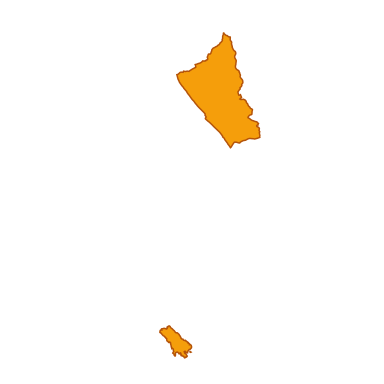 Bengkulu Utara, Bengkulu, Indonesia, rotated 17°
{"feature_id": "22746128B39887218554518", "entity_name": "Bengkulu Utara", "entity_type": "district", "adm_level": 2, "iso_a3": "IDN", "parent_name": "Indonesia", "parent_adm1": "Bengkulu", "projection": "mercator", "projection_center": [102.208, -4.116], "detail": "fine", "context": "isolated", "style": "filled", "palette": "amber", "viewbox_px": 384, "rotation_deg": 17, "n_neighbors": 0, "source": "geoboundaries", "source_scale": "gbopen_adm2", "svg_char_len": 5882}
<svg xmlns="http://www.w3.org/2000/svg" viewBox="0 0 384 384"><g transform="rotate(17 192 192)"><path d="M240.8,120.0L240.6,119.8L240.4,118.2L239.0,115.6L239.2,115.0L239.2,114.6L238.1,113.5L237.9,111.7L237.1,110.8L235.8,110.5L235.2,110.5L234.8,110.3L234.5,109.7L234.6,109.2L235.6,108.5L235.5,108.4L235.3,108.0L235.3,107.4L235.5,107.1L233.6,106.0L232.8,106.0L231.6,106.1L229.2,105.9L228.5,106.0L226.8,105.5L225.8,105.0L223.9,104.6L223.7,104.3L223.7,103.8L224.5,101.9L224.9,101.6L225.1,101.3L226.0,100.8L226.4,100.4L226.5,100.1L226.1,98.2L225.9,97.6L225.8,95.7L225.5,95.3L224.7,95.1L223.4,94.9L222.4,93.9L221.4,93.5L220.9,93.2L220.1,92.4L219.4,91.4L218.4,90.9L217.8,90.4L217.1,89.2L216.3,88.9L215.9,88.5L215.5,88.4L215.1,88.5L214.3,88.2L212.0,89.2L211.2,89.3L210.6,89.1L211.7,87.0L209.9,84.8L209.4,85.4L208.5,85.7L207.5,84.4L206.7,83.0L206.7,82.6L207.0,81.8L207.4,80.4L207.9,79.6L207.8,79.0L207.5,78.6L207.4,78.2L207.7,77.7L208.3,76.8L208.5,75.9L208.5,75.5L208.1,74.9L208.1,74.3L208.6,73.3L208.6,72.3L208.0,70.9L207.7,70.4L206.9,69.7L205.6,68.9L204.9,68.4L204.6,68.0L204.1,67.2L204.2,66.3L204.1,66.0L203.1,64.9L202.8,64.1L201.9,63.4L201.8,62.8L201.0,62.2L199.8,62.0L199.0,61.7L197.8,61.0L197.0,59.9L196.6,58.3L196.7,57.6L196.5,56.9L196.0,54.0L195.8,53.3L195.5,52.9L193.9,51.4L193.4,50.6L193.1,49.6L193.1,48.9L193.4,48.0L193.4,47.1L193.3,46.5L193.0,45.9L192.7,45.4L192.1,44.9L191.1,44.6L190.6,44.3L189.7,43.6L188.0,41.6L187.9,40.9L187.3,40.2L186.8,39.3L186.4,38.8L186.3,37.7L186.0,37.0L185.8,36.8L184.4,35.8L183.9,34.9L183.5,33.2L183.2,32.6L182.1,32.8L181.4,32.8L179.8,32.1L179.0,32.3L178.5,32.2L176.4,31.2L175.5,30.2L175.7,30.8L175.7,31.5L176.0,31.8L175.8,33.5L175.9,34.6L176.4,36.1L176.3,37.4L176.7,38.0L176.7,38.6L175.8,40.7L175.5,40.9L175.3,41.2L175.2,42.1L174.8,43.2L173.8,44.2L173.3,45.3L172.9,45.7L172.4,46.0L171.4,47.2L170.2,48.2L169.8,49.1L169.4,50.1L169.6,51.3L169.4,52.9L169.5,53.4L169.4,53.9L169.1,54.5L168.9,54.9L168.6,55.0L168.2,55.0L167.6,55.2L167.3,55.7L167.4,57.3L167.2,57.7L167.2,58.7L167.3,58.9L167.9,59.4L168.2,60.5L168.0,61.0L167.8,61.2L167.2,61.5L166.9,62.3L166.6,62.3L166.2,62.7L166.2,62.9L165.1,63.3L163.9,63.5L163.6,64.3L163.0,65.3L161.9,66.4L161.2,66.9L160.4,67.3L159.6,68.1L157.8,69.2L158.3,69.8L159.0,71.3L159.1,71.7L156.6,74.1L154.6,76.4L153.9,77.5L152.1,77.8L150.5,78.7L148.6,78.9L148.5,80.1L146.8,80.5L145.9,80.9L145.5,81.3L145.2,82.0L144.7,82.7L144.2,83.6L143.2,84.2L145.7,88.2L146.3,88.8L146.6,89.2L147.0,89.5L147.6,90.4L149.0,91.6L151.5,93.5L153.2,94.5L154.0,95.3L157.4,97.4L158.2,98.3L159.7,99.5L161.4,100.6L162.5,101.5L164.7,103.2L166.2,104.1L167.2,104.6L169.6,106.5L170.8,107.1L171.6,107.8L173.8,109.1L180.2,112.5L181.8,113.6L182.0,114.8L183.3,115.8L183.6,116.2L183.2,117.6L183.6,118.2L186.8,119.7L188.0,120.1L191.6,121.9L193.9,123.2L200.9,126.7L203.3,128.4L205.0,129.7L205.1,130.2L205.8,130.7L207.2,131.2L208.0,132.3L211.7,135.0L212.3,135.7L214.1,136.9L215.8,138.4L216.3,137.6L216.9,135.1L217.6,132.8L218.0,132.0L218.2,131.9L218.8,131.7L219.4,131.5L219.9,131.4L222.1,131.4L223.0,131.3L223.3,131.1L223.5,130.8L223.5,130.4L224.2,129.6L225.8,128.0L228.1,126.8L229.8,125.0L230.9,124.2L231.8,123.8L233.0,123.6L235.2,123.1L236.4,123.0L238.7,121.6L240.8,120.0ZM211.0,327.8L210.5,327.1L209.9,326.8L209.6,326.7L209.0,326.9L208.6,327.5L208.4,327.6L208.4,327.9L208.1,327.9L207.7,328.4L207.8,329.1L208.1,329.2L208.2,329.4L208.0,330.1L207.8,330.4L207.6,330.5L207.3,330.4L207.0,330.5L206.4,330.4L206.2,330.5L205.8,330.4L205.3,330.5L204.4,330.9L204.0,331.3L203.1,331.6L202.9,332.1L202.9,332.3L203.1,332.5L202.9,332.5L203.0,333.0L202.8,333.2L202.4,333.2L202.1,333.6L202.1,334.4L202.3,335.0L202.2,335.3L202.3,335.6L202.9,335.9L203.1,335.7L203.7,336.0L205.1,337.0L206.4,337.8L207.3,337.9L208.3,338.5L208.6,338.5L208.8,338.8L209.0,338.8L209.4,339.2L209.5,339.1L210.8,339.8L210.8,340.2L211.1,340.9L211.6,341.7L212.6,342.0L212.8,342.2L213.1,342.2L213.7,342.7L213.9,342.7L214.3,342.1L214.5,342.0L214.8,342.1L215.0,342.3L215.2,342.2L215.5,342.4L215.7,342.7L215.6,342.9L215.9,343.3L215.9,343.5L216.7,344.6L217.1,345.5L217.5,346.0L217.8,346.5L218.0,346.6L217.9,346.8L218.3,347.2L218.5,347.8L219.3,347.4L219.6,347.4L220.2,347.9L220.2,348.3L220.5,349.0L221.1,349.6L221.2,349.8L220.8,350.8L220.7,351.7L222.1,352.3L222.4,352.7L222.8,353.4L223.2,353.4L223.2,353.5L223.4,353.6L223.5,353.8L223.9,353.7L223.9,352.8L223.3,352.0L223.6,351.7L223.3,350.8L223.6,350.1L224.5,349.4L225.5,349.5L226.0,349.9L226.7,350.1L226.8,350.5L227.1,350.6L227.4,350.2L227.7,349.4L228.1,349.2L228.7,349.9L228.9,351.0L229.4,351.5L229.7,351.2L229.8,351.4L230.4,351.7L230.7,351.7L230.9,351.5L231.2,351.6L231.4,351.5L231.8,351.7L232.3,351.7L232.4,352.0L233.2,352.7L233.4,352.8L233.7,352.7L233.8,352.4L234.7,351.7L234.6,351.3L234.6,351.2L235.0,351.1L235.3,350.9L235.4,350.3L235.1,350.1L234.1,349.1L233.5,348.7L232.5,348.2L232.3,348.3L232.2,348.1L231.9,347.7L231.3,347.2L231.2,347.1L231.3,346.8L231.6,346.5L232.0,346.3L232.3,346.4L232.8,346.6L233.1,347.0L233.3,347.2L234.6,347.1L234.5,346.9L234.7,346.6L234.6,345.4L234.8,344.9L235.0,344.7L235.2,343.8L235.3,343.5L235.8,343.1L236.1,342.9L236.2,343.0L236.5,342.4L237.0,341.3L236.9,341.0L237.0,340.7L236.8,340.0L236.1,338.9L235.1,338.4L234.8,338.5L234.5,338.4L234.3,338.6L234.2,338.1L233.8,337.9L233.6,337.7L233.2,337.7L233.1,337.9L232.9,337.9L232.7,337.7L232.8,337.5L232.5,337.0L232.2,337.0L231.9,337.3L231.6,337.1L231.4,336.7L230.9,336.5L230.3,336.4L229.7,336.0L229.3,336.2L228.8,335.8L228.6,336.1L227.8,336.2L227.4,336.2L226.8,335.9L226.5,335.4L225.0,335.5L224.2,335.0L223.9,334.3L223.5,334.1L222.5,333.0L221.8,332.6L221.5,332.2L220.8,331.7L220.4,331.6L219.9,331.3L219.2,331.0L218.8,331.0L218.1,331.3L217.5,331.2L217.1,331.0L215.5,329.8L214.4,329.4L214.0,329.1L213.0,328.6L212.9,328.5L212.1,328.3L211.0,327.8ZM237.7,345.3L236.9,345.2L236.7,345.5L236.8,345.6L237.4,345.8L237.9,345.4L237.7,345.3Z" fill="#f59e0b" stroke="#b45309" stroke-width="1.5"/></g></svg>